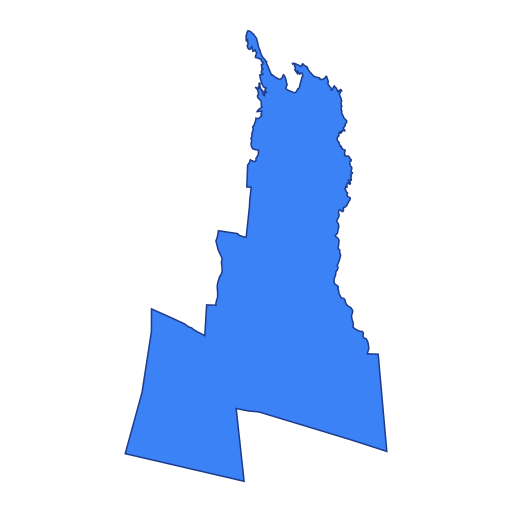 Vaimauga West, Tuamasaga, Samoa
{"feature_id": "51752279B6831491074988", "entity_name": "Vaimauga West", "entity_type": "district", "adm_level": 2, "iso_a3": "WSM", "parent_name": "Samoa", "parent_adm1": "Tuamasaga", "projection": "equal_earth", "projection_center": [-171.762, -13.882], "detail": "fine", "context": "isolated", "style": "filled", "palette": "blue", "viewbox_px": 512, "rotation_deg": 0, "n_neighbors": 0, "source": "geoboundaries", "source_scale": "gbopen_adm2", "svg_char_len": 5920}
<svg xmlns="http://www.w3.org/2000/svg" viewBox="0 0 512 512"><path d="M346.8,121.1L346.6,120.7L344.9,119.0L343.8,117.7L343.1,115.8L342.6,115.4L342.1,113.6L341.7,113.2L341.6,111.8L341.9,111.0L341.4,110.7L341.2,108.0L341.4,106.7L341.9,106.1L341.4,105.7L341.1,103.1L341.2,102.3L341.7,100.8L341.0,99.0L340.8,97.6L340.6,97.6L339.3,93.9L340.2,92.8L339.8,91.9L340.5,90.3L341.3,91.2L341.7,90.5L340.5,89.5L338.7,91.6L338.1,90.7L337.5,91.1L337.0,89.5L335.6,87.3L334.7,86.7L334.4,86.0L333.8,86.4L332.0,90.1L331.6,90.1L330.9,89.1L330.9,88.0L328.1,84.4L327.9,83.7L328.3,81.8L328.1,80.9L326.5,76.3L325.7,76.6L325.5,77.3L324.1,78.6L322.4,79.4L321.1,79.6L319.9,79.2L320.0,78.3L318.8,77.7L317.7,77.6L315.4,76.8L313.7,76.0L312.8,75.3L311.5,73.6L310.5,72.6L308.8,70.6L308.0,69.1L307.8,68.3L307.2,68.0L307.1,66.9L306.4,66.4L305.3,66.2L303.8,65.0L303.6,64.3L302.7,63.8L302.0,64.4L301.9,65.8L301.0,66.5L300.3,65.9L294.9,63.5L292.5,63.3L292.7,64.1L294.7,64.0L294.5,66.1L295.5,66.9L295.2,67.6L295.2,69.6L294.8,69.9L297.7,73.9L297.9,73.6L296.6,71.9L297.3,70.9L299.9,74.2L301.1,73.0L302.1,73.1L302.4,73.7L302.7,75.6L302.5,76.9L302.1,76.9L300.1,84.1L299.3,87.6L298.9,88.4L298.1,88.5L295.9,92.2L294.4,92.8L288.3,90.3L286.1,88.9L285.7,88.2L286.6,85.7L287.1,85.3L287.0,84.1L286.5,82.7L286.0,79.9L285.0,76.7L283.8,75.0L283.4,74.8L282.8,75.7L282.5,76.9L281.3,78.8L278.4,79.2L277.8,78.9L277.0,77.9L276.6,78.1L271.9,74.6L271.5,74.9L267.8,66.1L266.3,62.8L266.6,61.7L266.1,61.7L265.5,60.4L262.8,57.3L261.5,55.1L260.7,52.9L260.2,51.9L260.1,50.4L259.3,48.9L258.5,46.9L257.7,42.8L256.5,38.4L253.4,34.0L252.2,33.3L251.4,32.3L250.0,31.3L248.1,30.7L247.1,32.1L246.2,36.0L245.9,36.3L246.3,37.3L246.2,39.1L247.5,39.4L247.7,41.0L247.0,40.6L246.8,39.9L246.2,40.0L246.2,40.6L247.2,41.1L247.2,41.7L247.9,42.1L248.1,43.5L247.2,45.9L247.9,48.1L249.3,49.4L250.1,49.2L251.8,46.9L252.3,49.1L253.0,51.4L253.5,51.3L255.3,49.9L255.7,51.2L256.7,53.2L255.8,55.2L255.4,56.9L255.5,57.5L256.6,57.8L257.9,57.8L258.4,58.5L259.5,58.7L260.6,59.3L261.1,59.2L261.4,61.0L262.1,61.7L263.1,62.1L262.6,63.1L262.8,64.1L261.4,64.5L262.0,69.0L262.8,68.9L263.0,69.2L261.9,70.1L261.1,72.1L262.2,73.8L262.8,73.8L262.7,74.6L260.9,74.7L259.7,74.9L260.5,79.3L261.4,82.0L261.7,83.8L262.7,85.1L263.3,86.8L264.5,87.4L266.0,87.8L266.0,88.5L265.4,88.5L265.1,89.7L264.9,91.2L266.3,91.8L266.4,92.2L264.2,92.0L264.0,92.4L264.8,93.7L264.4,95.6L263.6,95.2L263.1,94.3L262.6,90.8L261.9,91.0L261.5,89.5L261.1,89.3L260.5,88.2L260.2,86.9L259.6,87.2L258.5,88.7L258.0,88.5L260.1,84.7L259.7,83.1L258.9,83.5L259.3,85.5L257.5,88.8L256.4,87.7L255.2,87.1L257.7,89.9L258.2,92.4L258.7,94.0L257.5,95.6L257.5,96.9L258.5,98.3L260.9,100.8L261.2,102.1L261.3,105.0L261.6,106.6L262.0,106.8L257.9,110.2L257.1,111.6L261.9,111.2L260.9,114.7L261.8,115.7L258.6,118.6L255.9,118.2L255.7,120.2L254.9,122.9L254.1,124.9L253.5,126.0L252.7,126.7L253.2,129.6L252.3,132.2L251.8,134.2L252.0,136.5L250.9,138.5L251.6,140.1L251.6,140.9L251.0,144.0L251.5,146.5L252.5,148.5L253.3,149.1L256.9,150.0L258.5,150.2L258.3,154.8L255.9,158.4L256.1,160.4L254.2,161.7L250.3,159.8L249.3,162.8L247.6,165.2L246.8,187.0L251.2,187.2L249.7,200.2L249.5,206.1L246.2,236.9L244.5,237.1L241.2,236.0L239.8,235.7L237.7,233.9L237.6,233.6L218.4,230.7L217.3,237.2L215.9,241.0L218.3,250.2L222.2,258.6L221.6,261.0L221.4,262.8L222.2,269.0L221.9,272.3L221.0,274.6L219.7,276.4L217.8,282.5L217.2,285.7L217.3,289.1L217.6,291.8L217.6,296.9L217.2,298.7L216.6,299.7L216.4,301.4L215.8,303.5L216.0,305.2L206.6,304.9L204.8,335.7L201.8,334.0L198.4,332.3L197.0,331.9L196.0,330.8L194.9,330.4L193.5,329.6L192.7,328.7L191.6,327.9L188.7,326.9L186.9,325.7L184.9,324.1L171.9,318.0L151.5,308.9L151.4,331.6L142.0,392.5L125.2,453.7L244.1,481.3L236.2,408.5L248.5,411.0L258.7,411.9L349.2,439.3L386.8,451.4L378.2,354.2L367.3,353.8L367.6,352.3L368.4,350.2L368.8,348.3L368.7,346.9L367.9,342.2L366.2,338.7L364.2,338.2L363.2,336.8L363.0,335.0L363.4,333.8L363.3,332.7L362.1,331.4L360.4,331.4L358.3,330.7L355.7,329.3L354.2,328.2L353.0,327.0L353.3,324.1L353.0,322.2L352.2,319.9L351.7,317.7L351.5,315.5L352.4,313.2L352.7,311.0L352.4,310.0L351.4,308.5L350.2,307.1L348.6,306.4L347.2,305.2L346.2,303.9L345.6,302.5L344.7,299.5L343.9,298.5L342.7,298.3L341.1,297.7L339.0,293.4L338.5,290.0L337.7,289.1L338.3,288.0L338.0,286.2L335.1,284.2L334.2,282.9L334.0,279.8L334.4,278.3L335.7,274.6L335.9,271.7L337.3,270.1L337.6,269.1L338.0,267.1L337.4,266.0L337.3,265.2L339.0,261.4L340.6,255.5L340.5,254.7L339.7,252.6L339.7,250.1L339.1,249.3L338.2,248.8L338.0,248.2L338.7,244.7L338.7,243.2L339.1,240.9L338.7,239.5L337.7,238.1L336.5,237.2L335.2,235.9L335.5,235.2L336.4,234.4L337.4,233.3L337.7,232.0L338.1,229.4L338.8,227.0L338.5,224.2L336.8,221.2L337.2,219.5L338.2,217.9L339.1,215.7L339.1,214.5L338.5,213.2L338.5,212.3L338.9,210.3L339.5,209.7L340.3,210.0L341.1,211.0L342.5,211.6L343.2,211.1L343.6,209.9L343.3,208.4L343.7,207.5L344.9,207.2L346.7,205.7L348.7,201.5L349.6,200.5L350.4,198.4L349.9,197.6L347.8,196.7L346.9,194.9L346.9,194.4L347.7,193.1L346.5,192.0L345.9,190.9L345.7,189.7L345.2,189.4L344.9,188.5L345.9,186.5L346.4,187.4L347.0,187.4L346.9,185.0L347.3,183.0L348.0,183.1L349.8,184.2L350.3,183.9L350.3,182.4L349.5,182.2L348.8,181.2L348.5,180.2L350.8,180.6L351.2,180.3L351.4,179.3L350.8,178.0L351.4,176.1L350.5,174.5L352.2,173.5L352.5,172.8L351.8,172.4L350.8,170.9L351.4,170.0L351.9,168.0L351.4,166.8L350.3,165.9L349.7,162.2L349.8,161.4L351.1,160.9L351.2,159.7L350.3,158.9L348.7,156.2L347.1,156.0L345.9,156.1L344.5,155.6L344.9,154.5L344.5,152.7L345.1,151.3L345.0,150.0L342.7,149.3L342.2,148.2L341.4,147.9L341.4,146.4L339.9,146.0L339.9,144.9L339.0,143.2L339.1,142.3L338.3,141.9L337.0,139.4L337.3,137.8L338.1,136.3L339.0,135.8L338.6,135.0L339.1,133.8L338.7,133.0L339.0,132.3L340.1,131.8L340.7,133.1L341.3,132.8L341.4,130.8L341.7,131.5L342.3,131.6L343.0,130.2L344.7,130.9L344.8,130.2L343.3,128.6L343.3,127.8L343.8,127.6L345.2,125.4L345.4,123.6L346.5,122.7L346.8,121.1Z" fill="#3b82f6" stroke="#1e3a8a" stroke-width="1.5"/></svg>